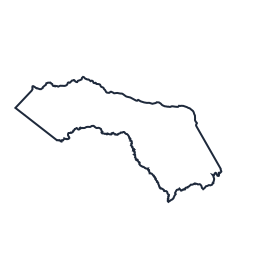 outline of Jacareacanga, Pará, Brazil, rotated 128°
{"feature_id": "56859067B99628293972220", "entity_name": "Jacareacanga", "entity_type": "district", "adm_level": 2, "iso_a3": "BRA", "parent_name": "Brazil", "parent_adm1": "Pará", "projection": "robinson", "projection_center": [-57.195, -7.478], "detail": "fine", "context": "isolated", "style": "outline", "palette": "slate", "viewbox_px": 256, "rotation_deg": 128, "n_neighbors": 0, "source": "geoboundaries", "source_scale": "gbopen_adm2", "svg_char_len": 5857}
<svg xmlns="http://www.w3.org/2000/svg" viewBox="0 0 256 256"><g transform="rotate(128 128 128)"><path d="M90.4,121.7L90.3,121.3L91.2,121.5L93.9,123.7L95.1,126.8L96.6,128.6L97.9,131.0L99.2,134.5L99.5,137.2L99.7,137.4L100.5,137.4L100.9,137.6L101.4,138.5L102.5,144.9L104.0,148.1L104.3,149.1L104.4,152.9L104.6,153.9L105.7,155.5L107.0,158.1L109.2,160.3L109.3,161.5L109.8,163.6L110.3,164.1L111.6,164.3L112.0,164.6L113.1,166.4L113.1,167.4L112.2,169.4L112.1,170.8L111.5,171.9L111.5,172.8L111.9,174.0L112.0,174.9L111.1,176.6L111.1,177.1L111.4,178.0L112.7,180.0L112.7,180.4L112.3,181.1L112.4,181.5L113.4,182.2L113.5,182.5L113.6,182.9L113.3,183.6L112.8,184.3L112.9,185.5L113.1,185.8L114.1,186.3L114.0,188.7L114.2,189.2L114.9,190.0L115.0,191.0L115.3,191.5L115.4,192.3L115.1,194.1L115.4,194.9L116.8,195.1L118.3,194.5L120.4,195.6L121.4,196.4L121.9,196.5L123.1,196.3L123.5,196.8L123.7,197.8L123.7,198.5L123.4,199.4L123.4,200.0L123.6,200.3L124.2,200.4L125.0,201.3L128.1,201.7L128.4,202.0L128.6,202.8L128.9,203.1L129.6,203.2L130.7,202.8L131.7,202.7L132.8,203.1L133.8,203.8L136.4,207.4L138.4,208.5L138.6,209.6L139.2,210.5L140.0,211.0L139.8,211.7L140.6,212.3L140.9,212.8L140.8,213.6L140.0,214.8L140.3,215.9L140.0,216.5L140.1,217.4L140.9,217.9L141.2,218.6L141.7,219.1L142.4,219.3L142.9,219.9L144.9,219.3L145.6,219.7L148.3,220.2L149.2,219.8L149.9,220.2L151.0,220.5L151.8,221.6L152.6,224.2L152.9,224.2L153.1,224.9L153.1,226.8L153.3,227.5L153.2,228.1L153.7,228.8L154.0,228.9L154.8,228.4L155.7,227.7L156.0,227.2L157.8,226.9L181.5,229.1L181.4,176.5L181.1,176.4L180.7,175.3L179.9,174.9L179.7,174.1L180.0,173.1L179.6,172.1L178.5,172.7L178.2,172.5L178.0,171.7L177.7,171.6L177.2,171.7L175.9,171.5L175.4,171.8L175.1,170.5L174.4,169.6L174.4,169.2L173.1,168.1L171.9,168.1L171.7,168.4L171.6,169.0L171.2,169.3L170.9,170.5L170.2,171.2L169.0,171.8L168.5,171.7L167.3,170.3L166.7,170.2L166.7,169.7L165.5,169.1L164.8,169.2L164.5,169.0L164.2,169.0L163.7,169.5L162.7,169.1L161.5,169.3L161.1,168.9L159.7,168.5L159.6,168.3L159.8,166.4L159.5,165.8L158.3,165.3L158.1,165.3L157.6,166.0L157.0,165.8L156.6,164.3L155.8,163.7L155.3,162.8L154.5,162.1L152.9,161.4L152.1,160.7L150.4,158.4L148.7,157.8L147.6,156.6L147.4,155.5L147.6,155.1L147.5,153.2L147.2,152.5L146.1,151.5L145.7,150.7L145.4,148.8L146.5,147.1L146.7,146.0L147.7,146.2L147.9,146.1L148.1,145.0L147.2,143.7L146.9,142.6L146.3,142.1L146.0,140.7L145.5,140.4L145.2,141.0L144.9,140.8L144.4,138.8L143.5,137.3L142.7,137.1L142.7,137.6L142.3,137.7L140.9,136.7L141.1,135.5L140.7,134.5L141.0,134.1L140.6,133.7L140.6,133.2L140.2,132.9L139.8,132.1L139.1,131.9L138.7,132.1L137.4,131.2L136.0,130.6L135.9,130.7L134.9,129.5L134.1,129.3L133.6,128.7L133.6,127.7L133.9,127.0L133.8,125.7L133.4,125.2L133.5,123.9L134.1,122.0L134.6,121.5L134.6,120.8L134.7,120.6L135.0,120.6L135.0,120.2L135.3,120.3L135.5,120.1L135.5,119.6L135.4,119.3L135.8,119.1L136.0,118.7L136.1,117.8L136.4,117.9L136.3,117.6L136.6,116.9L136.4,116.7L137.0,116.1L137.3,116.0L137.8,115.4L138.4,115.7L138.5,115.6L138.5,115.4L139.2,115.0L139.7,115.0L139.7,114.7L139.8,114.6L140.0,113.4L140.3,113.5L140.5,113.1L140.6,112.5L140.8,112.5L141.1,111.3L141.4,111.1L141.2,111.1L140.9,110.5L141.5,110.0L141.4,109.7L141.9,109.8L142.3,108.9L142.7,108.9L142.7,108.2L143.0,108.0L143.0,107.7L143.6,107.6L144.2,106.7L144.3,106.9L144.6,106.8L144.9,106.4L145.2,106.6L145.2,105.6L145.8,105.3L145.9,105.5L145.9,104.9L146.6,104.5L146.6,104.3L146.8,104.3L147.0,103.1L147.0,103.4L147.6,102.9L147.5,102.7L147.8,102.3L147.4,102.0L147.1,100.9L147.3,100.7L147.9,100.8L147.7,100.2L148.1,99.2L148.3,98.5L148.0,98.2L148.0,97.7L148.2,97.4L148.6,97.5L149.2,97.1L149.1,96.9L149.6,96.4L149.9,95.2L149.8,94.2L149.6,93.8L149.7,92.8L149.1,91.9L149.0,90.6L149.1,90.1L148.9,89.6L148.9,89.1L148.5,88.2L147.7,87.4L148.2,87.3L148.4,86.9L148.1,85.7L148.3,85.5L148.9,85.5L148.9,84.8L149.5,84.4L149.8,83.1L150.1,83.2L150.4,83.0L149.4,81.4L149.5,80.3L149.9,78.9L149.7,78.8L149.6,78.3L149.8,78.0L150.0,78.1L150.4,77.4L150.1,76.6L150.3,76.2L151.0,75.6L150.7,75.2L150.8,74.8L150.9,74.7L151.5,74.6L151.6,74.1L151.9,73.6L151.9,72.4L152.6,72.0L152.4,71.4L152.4,71.2L152.7,71.1L152.7,70.3L153.4,69.8L154.1,68.3L154.6,67.9L154.7,67.1L155.2,66.8L155.6,66.1L155.7,65.4L155.3,65.3L155.3,64.6L155.0,64.5L154.8,63.3L154.9,62.8L154.7,62.5L154.7,61.6L155.4,60.7L154.2,59.0L154.2,58.1L154.4,57.5L155.3,56.6L155.5,55.8L155.5,54.5L155.9,54.3L156.0,54.4L156.4,54.0L156.8,54.3L157.2,54.2L157.6,53.9L158.3,53.0L158.8,53.2L159.2,53.1L159.9,52.5L159.9,51.8L160.0,51.7L161.0,51.8L161.3,51.4L161.3,50.6L159.8,50.4L159.6,50.1L157.8,49.6L157.0,49.1L155.3,48.9L154.6,49.3L153.7,49.3L152.8,49.7L150.7,49.7L150.3,50.9L147.6,51.4L146.7,51.4L145.9,50.9L145.4,50.2L144.1,50.2L144.3,49.1L144.4,48.3L144.7,47.8L144.3,47.2L143.0,47.0L142.5,46.3L141.8,46.3L141.6,46.2L141.5,45.4L141.4,45.3L140.6,45.4L139.7,45.8L138.6,45.0L138.3,44.4L137.6,44.6L136.9,44.1L133.8,43.5L133.6,43.0L133.1,42.5L132.6,42.1L131.3,41.6L131.0,40.8L130.4,41.0L129.5,38.9L129.4,38.1L128.2,37.0L128.0,36.2L128.4,34.6L129.7,32.8L129.7,31.8L129.9,31.1L128.1,30.7L125.9,30.7L124.8,29.8L123.2,29.1L122.4,27.7L120.9,26.9L120.6,27.1L119.5,26.9L119.1,27.3L118.7,26.9L117.6,27.7L117.1,27.7L115.3,28.6L114.7,29.2L113.9,30.5L113.3,31.1L112.9,32.4L112.6,31.4L112.4,31.1L110.4,31.7L109.4,31.4L109.3,31.0L109.9,29.8L110.1,28.9L110.5,28.3L110.4,27.6L110.1,27.2L109.8,27.0L109.0,27.3L108.6,27.6L107.8,28.8L107.4,28.9L107.0,28.7L106.7,27.8L106.5,27.7L104.9,27.6L104.7,27.8L103.7,29.4L103.1,29.8L84.5,75.2L84.1,75.9L83.1,76.5L81.9,76.6L81.6,76.9L81.3,78.6L80.5,80.1L79.1,81.1L77.0,82.9L76.0,84.8L75.2,85.8L74.6,87.3L74.5,91.6L75.0,92.7L75.3,94.5L76.6,98.2L77.9,99.9L78.5,100.4L79.1,101.5L80.3,101.5L80.9,102.0L82.2,104.0L83.4,106.2L84.3,107.2L85.0,107.4L85.3,107.7L86.1,108.7L86.4,109.5L87.0,110.1L87.5,111.2L88.3,112.5L88.8,114.6L88.9,115.5L88.6,117.2L88.8,119.4L90.4,121.7Z" fill="none" stroke="#1e293b" stroke-width="2"/></g></svg>